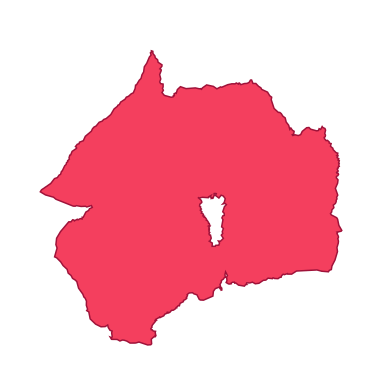 Magelang, Jawa Tengah, Indonesia, rotated 172°
{"feature_id": "22746128B50341569898666", "entity_name": "Magelang", "entity_type": "district", "adm_level": 2, "iso_a3": "IDN", "parent_name": "Indonesia", "parent_adm1": "Jawa Tengah", "projection": "mercator", "projection_center": [110.25, -7.514], "detail": "fine", "context": "isolated", "style": "filled", "palette": "rose", "viewbox_px": 384, "rotation_deg": 172, "n_neighbors": 0, "source": "geoboundaries", "source_scale": "gbopen_adm2", "svg_char_len": 5903}
<svg xmlns="http://www.w3.org/2000/svg" viewBox="0 0 384 384"><g transform="rotate(172 192 192)"><path d="M337.1,146.9L335.2,145.7L331.7,141.0L329.9,137.1L326.4,132.8L325.9,128.9L323.4,126.2L322.3,123.1L319.6,120.8L318.5,119.1L317.7,112.5L314.3,106.0L313.7,103.1L312.6,101.7L311.7,98.7L312.4,94.5L311.7,90.5L312.8,89.2L310.9,87.7L310.5,80.5L305.9,74.6L300.9,71.2L296.7,70.8L294.0,72.0L293.8,69.5L292.4,66.4L290.5,65.4L291.2,63.6L291.1,60.2L291.8,58.9L293.2,59.7L292.2,57.3L286.6,56.4L284.1,54.5L281.5,55.1L279.9,54.7L277.4,53.5L274.3,51.0L268.8,50.3L265.4,50.8L257.2,46.7L254.1,46.5L253.1,47.3L252.8,51.9L250.1,53.8L248.5,53.8L247.8,54.7L248.3,55.2L247.8,55.4L248.0,57.9L247.5,59.1L249.7,59.7L250.6,61.1L251.5,61.2L251.8,62.4L250.4,63.7L250.5,64.6L249.5,66.0L246.1,69.1L246.4,69.8L245.1,70.0L245.7,70.9L242.1,72.3L241.5,72.1L241.4,72.7L240.5,72.3L237.2,73.3L236.0,74.8L233.3,75.5L233.4,76.3L232.6,76.4L232.3,75.5L230.7,75.9L228.8,77.6L226.8,77.6L224.4,78.8L223.9,79.7L223.2,79.5L223.1,80.1L221.2,81.5L220.3,81.1L219.3,83.4L215.8,84.6L215.5,85.8L213.2,86.6L211.9,87.7L212.3,88.3L210.9,90.0L211.1,91.1L208.8,92.4L205.5,92.2L204.3,90.9L201.4,89.5L199.8,84.7L198.8,83.9L195.6,83.3L185.8,86.0L184.6,90.7L182.3,93.1L178.2,94.0L177.7,92.3L176.8,91.7L176.8,90.7L176.1,90.8L175.9,92.7L176.7,93.6L177.2,96.4L175.4,98.9L175.3,100.2L173.0,101.4L171.8,102.8L170.8,102.8L170.9,105.4L169.9,108.2L168.5,104.4L169.6,102.9L169.7,99.4L170.8,97.6L168.7,95.9L167.4,95.6L165.9,95.7L165.9,96.3L164.6,97.0L162.5,96.8L162.4,95.8L161.3,95.8L158.9,93.3L153.2,91.5L151.8,92.8L150.8,92.8L151.1,93.1L150.5,94.4L147.4,93.9L144.7,94.3L142.1,92.3L138.4,92.3L133.7,94.6L131.1,94.5L128.7,96.1L124.4,95.0L124.0,95.6L123.2,95.6L122.4,94.9L118.9,94.2L117.0,95.2L115.6,95.2L114.9,96.7L113.2,97.9L112.1,97.3L108.8,97.9L108.7,97.4L104.7,96.8L99.5,99.2L79.1,97.4L74.6,95.5L68.0,94.0L66.9,95.3L64.8,95.8L63.7,99.3L59.9,104.7L56.2,112.8L56.2,116.8L54.3,120.9L53.8,123.0L54.1,125.8L53.4,126.3L53.2,127.7L54.2,130.7L53.5,131.6L53.9,132.1L49.8,132.4L49.0,133.1L51.2,138.5L51.6,144.8L52.3,146.4L57.2,149.9L57.9,151.3L56.5,152.7L55.9,154.9L53.7,156.7L53.9,159.4L51.6,160.7L50.6,162.3L50.4,163.7L49.4,165.0L49.5,166.7L48.1,168.6L49.5,175.7L46.6,180.4L45.7,183.7L47.1,185.9L46.8,187.3L45.3,187.9L44.4,189.1L44.7,190.2L45.8,190.5L46.1,191.3L44.3,192.4L45.0,194.3L44.6,195.3L43.9,195.4L43.7,196.5L42.6,196.9L43.0,198.1L42.2,199.9L42.8,200.4L41.8,202.5L43.0,203.4L42.0,204.4L43.5,205.8L42.8,206.8L43.5,207.7L42.4,207.9L42.8,209.3L42.2,210.1L44.0,211.1L46.4,214.4L46.4,215.7L48.5,218.0L47.5,220.6L49.3,221.4L49.2,222.5L50.7,224.3L52.0,224.2L53.4,226.4L53.5,227.7L52.4,228.2L51.9,229.7L52.4,231.4L51.1,234.7L51.5,236.4L53.4,237.6L54.0,238.7L55.9,236.1L57.3,237.0L58.2,235.3L60.0,235.2L65.8,237.7L67.2,239.6L69.5,239.7L74.4,236.7L76.4,233.7L78.9,233.1L82.0,234.3L84.3,233.9L84.8,234.7L83.2,235.4L82.4,237.9L83.9,239.1L85.2,241.6L86.4,240.4L87.0,244.7L89.0,248.2L89.4,252.4L91.5,254.5L92.7,257.2L94.0,258.6L95.4,258.8L99.1,263.3L100.7,272.3L99.9,274.8L101.7,276.6L103.3,280.4L108.7,283.9L109.3,285.6L111.4,287.4L113.7,290.6L116.5,291.0L117.4,294.6L118.5,294.7L120.3,292.5L122.4,291.9L125.0,292.1L128.7,291.5L129.9,293.3L130.6,293.2L130.9,292.4L133.0,293.8L134.3,293.1L137.5,293.6L141.7,293.3L148.0,291.6L149.1,292.1L153.0,290.7L156.1,293.6L162.6,296.0L166.9,293.8L168.8,291.9L168.3,293.1L170.4,293.2L174.2,294.6L183.5,295.2L188.8,297.9L192.2,295.5L193.9,292.0L194.3,292.4L196.1,291.7L196.0,290.7L196.9,290.0L196.4,289.7L197.3,288.9L199.4,288.7L205.9,291.5L207.9,294.6L206.2,296.7L206.8,298.8L206.0,300.0L205.6,302.9L208.0,303.7L208.7,305.5L207.2,308.3L207.7,312.8L205.6,316.5L205.6,317.6L206.7,318.4L204.3,320.7L204.0,322.1L207.5,325.2L207.7,327.8L209.7,330.0L209.8,331.9L211.4,334.6L211.2,336.8L212.6,337.5L212.9,335.9L213.8,335.6L213.5,333.3L215.4,331.6L218.9,325.8L221.8,322.6L223.2,317.6L225.2,315.1L226.7,311.5L228.7,310.0L232.0,305.9L233.0,305.7L233.9,302.4L236.3,298.4L238.5,297.7L241.6,295.6L243.8,295.1L245.4,293.2L250.1,291.0L251.8,288.7L253.4,288.2L254.0,287.2L257.6,285.1L261.6,280.0L266.7,276.7L269.4,276.1L271.0,274.7L274.2,274.0L277.8,270.7L280.1,269.9L281.8,268.4L283.2,266.2L289.9,262.0L292.5,257.9L296.5,257.0L297.0,255.6L299.0,255.2L301.1,253.2L300.2,252.2L300.3,251.3L305.1,248.9L307.0,245.6L307.9,245.5L309.0,243.0L308.9,241.6L310.8,240.3L310.8,239.3L312.2,238.5L312.8,236.8L314.4,235.7L317.6,230.9L318.4,230.6L319.7,227.8L321.3,227.2L323.3,225.0L326.3,224.4L330.7,220.1L340.7,215.1L342.2,213.3L337.5,209.5L329.8,206.1L327.8,203.8L311.7,194.6L309.6,194.2L308.4,194.6L303.8,193.1L299.5,192.7L298.2,191.8L293.5,192.6L292.9,190.6L295.8,189.7L297.0,188.1L299.9,186.9L303.3,182.0L304.3,182.3L304.6,180.6L306.3,181.2L308.8,180.3L309.4,181.0L312.5,179.8L312.9,180.7L314.0,181.1L316.0,179.3L318.2,179.6L327.7,171.1L332.5,165.1L334.1,158.8L333.4,155.3L337.1,146.9ZM176.5,135.0L179.6,135.4L179.0,138.6L181.7,140.9L180.8,141.3L179.4,143.6L179.7,146.8L180.7,147.0L181.0,148.2L180.0,149.5L180.7,150.2L180.2,151.9L181.1,152.5L180.0,152.4L179.9,153.4L180.4,153.3L180.1,154.8L179.0,155.7L180.1,156.1L179.0,156.5L179.3,158.3L180.0,158.7L179.8,159.4L180.9,161.7L181.7,162.0L181.4,162.9L182.3,164.7L183.5,165.4L183.0,166.2L184.5,166.9L183.8,167.7L184.3,169.1L185.7,169.8L184.9,171.0L186.3,172.9L185.1,173.8L185.9,175.1L185.5,176.0L186.5,176.9L186.0,178.8L183.8,180.2L183.7,181.4L184.3,182.9L186.9,185.8L185.5,185.1L182.4,185.3L176.7,184.1L176.3,184.9L173.9,185.8L174.9,184.6L173.2,183.8L173.8,182.9L172.2,182.8L170.5,185.5L170.3,187.4L169.4,187.4L168.2,187.0L169.2,185.3L166.2,182.3L163.6,184.8L161.6,183.7L160.0,180.8L161.6,177.1L163.1,175.9L160.8,176.1L159.7,174.7L161.9,173.0L164.3,168.1L163.1,166.5L163.3,164.3L164.8,164.1L166.0,162.2L165.2,160.3L167.5,153.4L166.0,151.5L167.6,148.5L167.4,146.6L169.0,145.2L167.4,141.7L170.7,139.3L172.7,139.8L171.8,137.7L172.9,135.6L175.9,135.9L176.5,135.0Z" fill="#f43f5e" stroke="#9f1239" stroke-width="1.5"/></g></svg>